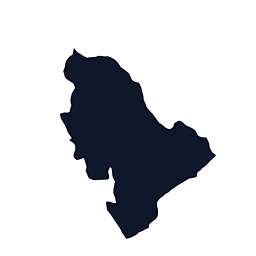 Kormakitis, Cyprus, rotated 238°
{"feature_id": "46923920B82125334474321", "entity_name": "Kormakitis", "entity_type": "district", "adm_level": 2, "iso_a3": "CYP", "parent_name": "Cyprus", "parent_adm1": "", "projection": "robinson", "projection_center": [32.97, 35.339], "detail": "fine", "context": "isolated", "style": "filled", "palette": "ink", "viewbox_px": 256, "rotation_deg": 238, "n_neighbors": 0, "source": "geoboundaries", "source_scale": "gbopen_adm2", "svg_char_len": 2571}
<svg xmlns="http://www.w3.org/2000/svg" viewBox="0 0 256 256"><g transform="rotate(238 128 128)"><path d="M160.2,160.4L164.2,156.9L166.8,156.2L168.9,156.4L173.1,157.1L176.4,156.2L179.5,155.0L183.1,153.4L187.3,153.4L192.0,152.7L196.5,150.4L198.9,148.5L200.3,146.0L201.9,143.9L204.1,141.1L205.0,137.4L206.4,134.9L207.6,132.5L208.8,130.0L212.8,127.4L215.6,126.3L217.7,125.1L220.1,124.2L222.9,124.0L218.9,120.3L218.7,115.9L217.3,111.9L215.4,109.6L213.0,107.7L211.8,106.1L210.2,104.0L205.5,102.4L202.6,102.4L198.6,104.3L194.4,106.1L189.4,105.0L188.2,102.2L186.8,99.6L184.0,96.4L180.2,93.6L176.9,92.7L174.8,90.1L172.0,87.6L172.2,84.8L174.3,81.8L175.3,78.1L171.2,76.9L166.3,76.7L163.7,76.7L159.9,76.2L156.6,75.5L152.6,75.5L148.8,75.8L148.1,72.8L146.0,73.9L142.7,74.8L140.3,74.4L137.0,72.3L135.4,70.2L133.3,67.9L131.8,67.4L130.3,67.4L128.5,68.2L127.9,70.0L127.3,72.5L127.3,74.0L125.6,75.4L123.1,74.8L119.3,73.7L117.3,73.3L115.2,71.7L114.2,70.3L112.6,69.9L109.5,69.4L108.0,69.1L105.9,69.1L103.0,71.5L101.6,73.1L100.9,74.9L99.8,76.8L98.5,78.9L96.8,81.9L95.7,84.1L96.6,85.4L99.8,86.6L101.9,87.2L104.0,90.0L105.1,91.4L103.9,93.5L101.9,93.3L100.3,92.6L98.5,91.7L96.5,90.6L93.8,89.6L91.1,89.4L89.1,89.4L87.6,87.7L84.9,85.4L83.5,83.8L80.3,81.7L78.2,81.4L75.1,80.8L73.2,79.8L71.3,79.4L69.6,78.8L71.3,75.5L72.8,74.5L74.8,72.7L76.1,70.6L74.3,69.6L72.3,68.8L70.4,67.9L68.9,67.6L65.7,67.9L63.7,68.2L61.3,68.2L58.3,68.5L56.5,68.2L54.8,68.5L52.3,68.5L48.3,68.7L45.3,68.7L42.7,68.2L40.5,68.4L38.4,68.5L35.5,68.4L34.7,70.9L34.1,73.6L34.0,75.4L33.8,77.9L34.1,80.3L34.6,82.3L34.0,84.1L33.7,86.3L33.7,88.9L33.1,92.4L35.2,93.7L36.1,95.8L36.4,98.2L36.5,99.8L36.7,101.5L36.7,102.9L37.5,104.9L38.8,106.7L41.1,108.1L42.6,109.2L44.2,109.8L46.4,110.4L48.3,111.7L50.0,112.1L50.7,113.9L51.6,115.7L51.9,117.6L52.4,119.9L52.5,122.5L52.9,124.0L53.0,125.9L52.7,127.9L53.0,129.3L53.2,130.8L53.5,132.6L53.5,135.3L53.6,137.4L53.8,139.7L53.6,143.4L53.6,146.3L53.6,148.6L53.6,151.0L53.5,153.2L52.5,155.5L51.6,158.0L51.0,159.9L52.2,160.9L53.6,162.3L54.5,163.9L54.5,166.9L55.4,169.7L55.4,172.5L55.9,175.2L56.5,177.4L56.9,179.0L57.5,181.3L57.7,183.9L58.7,187.3L62.5,185.9L65.1,185.9L68.4,186.3L70.7,187.3L73.3,188.2L78.0,188.6L79.9,186.1L81.6,184.2L84.4,182.6L87.2,182.9L90.3,182.9L92.9,181.9L96.0,180.1L98.1,178.4L101.2,177.3L104.7,176.4L106.6,174.7L106.8,170.1L104.5,167.5L103.8,164.5L104.7,161.5L108.0,159.4L112.3,158.0L115.8,156.4L119.3,156.2L126.2,155.7L130.7,154.8L136.1,154.1L139.4,155.0L143.6,155.5L147.2,157.3L150.5,158.3L155.9,160.1L160.2,160.4Z" fill="#0f172a" stroke="#020617" stroke-width="1.5"/></g></svg>